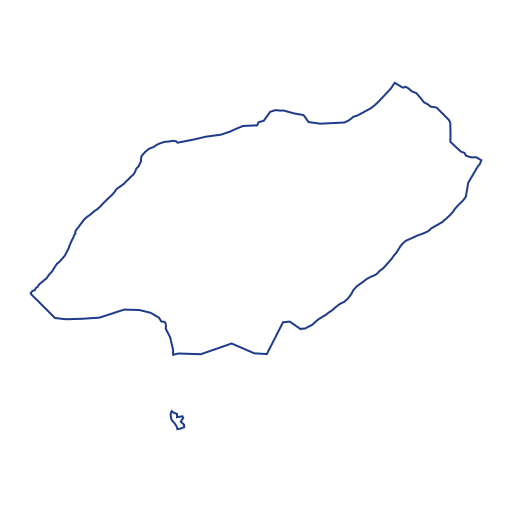 the district of Gassol, Taraba, Nigeria
{"feature_id": "59680162B86116731035265", "entity_name": "Gassol", "entity_type": "district", "adm_level": 2, "iso_a3": "NGA", "parent_name": "Nigeria", "parent_adm1": "Taraba", "projection": "albers", "projection_center": [10.507, 8.392], "detail": "fine", "context": "isolated", "style": "outline", "palette": "blue", "viewbox_px": 512, "rotation_deg": 0, "n_neighbors": 0, "source": "geoboundaries", "source_scale": "gbopen_adm2", "svg_char_len": 3429}
<svg xmlns="http://www.w3.org/2000/svg" viewBox="0 0 512 512"><path d="M394.7,82.8L390.9,88.5L383.6,96.3L380.6,99.4L379.3,100.9L374.8,105.2L370.9,108.2L368.2,109.7L363.4,112.3L361.0,113.6L357.0,115.7L353.7,116.6L349.1,120.2L344.5,122.5L332.3,123.1L326.2,123.4L320.1,123.7L312.6,122.6L308.6,122.1L303.6,115.1L297.4,114.0L294.0,113.4L290.4,112.4L287.8,111.7L283.7,110.5L280.3,110.6L275.6,110.1L270.2,111.8L263.8,120.7L258.5,122.3L257.2,125.3L242.9,126.0L235.9,128.9L230.3,131.5L220.8,134.7L205.8,136.7L204.6,137.0L193.9,139.5L177.5,142.7L176.1,141.3L172.7,140.8L168.6,141.6L164.6,141.8L159.9,143.4L156.6,144.9L153.3,147.2L150.6,148.0L148.0,149.5L145.4,151.7L142.8,154.6L142.2,155.3L141.4,156.4L140.9,159.8L141.1,161.1L138.4,166.6L136.4,168.5L134.9,172.2L133.6,174.3L130.3,177.3L128.4,179.4L125.8,181.6L123.9,183.8L119.9,186.7L116.7,188.9L114.1,192.5L112.2,194.7L109.0,197.7L108.3,198.3L103.1,203.4L100.5,206.3L97.3,209.2L94.0,211.4L90.7,214.3L89.1,215.5L87.5,216.6L84.9,218.7L83.6,220.2L80.4,224.5L77.8,228.1L76.5,229.5L75.3,231.6L75.4,233.7L74.1,235.1L73.5,237.2L71.6,240.8L70.4,243.6L69.2,246.4L68.6,248.5L67.4,250.7L64.8,255.7L60.4,260.7L59.1,262.1L57.1,263.6L55.2,266.4L52.1,271.4L50.1,273.6L48.8,275.0L46.9,277.9L44.3,280.1L41.7,282.3L39.1,284.4L37.8,286.6L35.9,288.1L34.6,290.4L33.9,290.4L33.1,290.7L32.6,290.9L31.8,291.7L30.7,293.0L30.7,293.5L31.3,294.4L35.2,298.3L35.5,298.6L35.9,298.9L39.0,302.0L41.0,304.1L46.9,309.9L49.7,312.7L51.3,314.4L53.4,316.4L54.9,318.0L62.7,318.9L64.4,319.1L65.7,319.2L68.5,319.2L71.2,319.1L73.7,319.0L82.1,318.8L99.7,317.6L120.4,310.8L120.8,310.7L124.2,309.6L127.7,309.7L135.8,309.9L139.4,310.0L139.7,310.1L141.3,310.5L146.1,311.7L150.6,312.8L154.1,314.8L154.9,315.3L157.3,316.7L159.0,317.7L160.4,320.0L161.2,321.4L164.5,321.9L165.5,323.0L165.9,325.2L165.8,329.0L167.4,332.0L167.6,332.4L168.5,334.1L170.2,337.5L170.5,338.8L170.6,339.2L172.2,346.2L172.8,348.4L173.0,349.7L173.1,351.2L173.1,352.3L173.2,354.8L178.3,353.5L200.9,354.2L231.6,343.5L254.3,353.3L266.8,354.1L283.0,322.3L285.1,322.1L289.8,321.6L300.7,329.2L301.5,328.7L304.9,328.6L312.2,324.8L317.8,319.8L317.9,319.7L318.0,319.6L322.6,316.7L325.3,315.2L329.2,312.2L332.5,310.0L335.7,307.1L339.6,304.1L344.3,301.8L347.5,298.9L348.8,297.5L349.6,296.3L351.4,293.9L353.2,290.3L357.1,286.0L363.6,281.5L366.2,279.3L370.2,277.1L375.5,274.8L377.5,273.3L379.4,271.1L383.3,268.2L385.9,265.3L388.5,262.4L391.7,258.8L393.6,255.9L395.9,253.3L396.0,253.2L399.3,248.1L400.6,245.9L401.8,244.5L405.7,240.8L411.0,238.5L414.3,237.0L417.7,235.4L422.3,233.8L424.3,233.0L427.6,231.5L429.6,230.0L430.9,228.6L434.8,226.3L438.8,224.1L442.7,221.8L444.0,220.4L446.0,218.9L449.9,215.2L453.1,211.6L455.0,208.8L458.2,205.2L461.4,202.2L464.0,199.3L465.9,196.5L468.2,182.8L475.5,170.4L476.7,168.3L478.0,166.2L479.9,164.0L481.3,160.2L478.3,158.5L476.2,157.2L472.1,157.4L469.4,156.9L465.9,155.6L464.5,152.9L461.0,151.7L456.0,147.1L453.9,145.1L451.1,142.5L450.4,141.9L450.3,140.1L450.5,137.7L450.5,133.6L450.3,123.1L449.1,120.2L442.7,113.7L436.6,107.6L436.3,107.5L430.6,106.6L427.9,104.4L424.0,102.3L421.1,98.6L416.3,93.1L412.0,91.4L407.6,87.8L405.2,86.8L403.8,87.6L402.4,87.4L394.7,82.8ZM177.4,429.2L178.8,428.9L181.4,428.3L184.2,427.2L184.0,424.7L180.8,421.7L183.2,417.9L182.4,416.3L177.0,417.2L177.0,414.0L172.6,412.1L171.8,411.1L171.2,412.1L170.6,414.9L171.5,419.7L174.4,423.1L175.5,424.7L176.6,426.4L177.4,429.2Z" fill="none" stroke="#1e3a8a" stroke-width="2"/></svg>